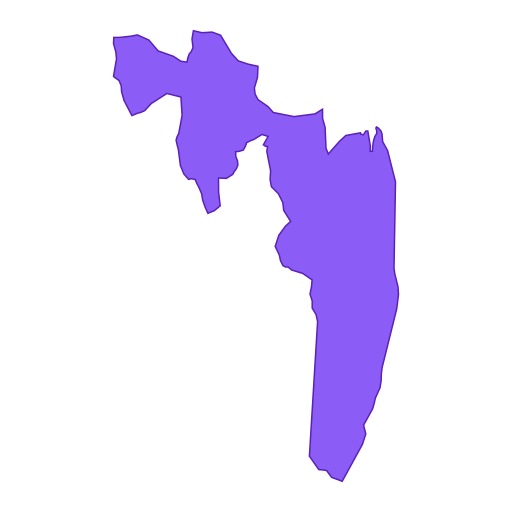 an SVG outline of Ampāra
{"feature_id": "LKA-2451", "entity_name": "Ampāra", "entity_type": "District", "adm_level": 1, "iso_a3": "LKA", "parent_name": "Sri Lanka", "parent_adm1": "", "projection": "natural_earth1", "projection_center": [81.481, 7.125], "detail": "fine", "context": "isolated", "style": "filled", "palette": "violet", "viewbox_px": 512, "rotation_deg": 0, "n_neighbors": 0, "source": "natural_earth", "source_scale": "10m", "svg_char_len": 2112}
<svg xmlns="http://www.w3.org/2000/svg" viewBox="0 0 512 512"><path d="M360.5,132.8L360.8,134.2L363.3,134.8L365.9,131.0L367.8,131.0L370.3,145.8L370.2,151.3L370.3,151.3L372.4,151.3L372.4,151.1L372.7,146.0L373.5,140.9L374.8,136.6L376.7,133.5L376.7,131.0L376.6,130.5L375.9,128.2L376.4,127.0L378.2,127.9L381.0,131.0L382.0,133.9L382.7,141.7L387.6,150.6L395.5,181.8L394.0,268.0L394.8,273.8L398.0,286.8L398.5,294.4L396.7,309.0L382.2,367.2L381.4,373.2L381.1,381.1L380.0,387.8L375.4,398.0L374.4,402.5L372.6,408.8L366.5,419.9L363.6,425.1L365.8,434.0L362.3,444.6L342.2,481.3L339.4,480.2L331.7,477.4L326.5,470.5L322.4,469.9L318.8,469.6L309.4,456.2L317.6,321.6L316.0,314.4L312.2,308.1L312.2,301.0L310.0,294.0L311.5,286.7L312.1,279.9L302.7,273.4L291.5,270.0L289.8,268.4L287.9,267.0L285.5,267.0L283.0,265.7L280.5,260.7L279.3,255.0L275.2,246.4L278.9,235.1L285.5,226.1L290.6,221.4L283.7,210.4L282.8,202.6L278.4,193.7L271.4,186.7L270.1,179.6L270.6,170.8L266.8,151.5L267.5,146.6L265.4,146.2L263.4,144.8L268.1,136.4L261.9,134.5L254.0,139.4L250.1,140.9L246.6,142.7L245.5,146.1L243.3,150.1L238.9,151.4L235.7,151.7L235.8,156.4L237.5,160.8L237.9,165.1L236.4,168.7L234.2,171.7L232.8,174.3L226.4,178.4L218.5,178.0L218.6,192.1L220.2,205.8L214.3,210.7L207.9,213.3L205.2,207.3L202.7,200.2L201.6,193.7L198.7,187.0L196.5,182.8L195.2,179.5L191.4,178.7L188.6,179.4L183.9,174.0L180.4,165.5L178.3,149.3L177.1,144.8L176.1,140.2L177.0,136.9L178.8,133.2L182.1,115.3L180.9,97.0L166.8,93.5L151.3,103.5L144.6,110.7L140.8,112.4L137.6,113.2L131.9,115.6L124.1,100.6L121.6,91.8L121.2,85.8L119.1,80.6L114.4,77.2L113.5,76.3L116.5,58.9L115.8,51.8L113.5,43.6L113.8,37.4L119.7,37.4L131.5,36.1L137.3,34.9L148.8,40.0L158.1,50.9L173.4,56.3L180.8,61.2L187.0,62.1L187.7,58.3L189.2,54.0L191.2,51.6L193.0,47.6L192.0,39.0L193.4,30.7L202.0,32.7L212.1,32.1L220.6,35.2L231.4,53.3L238.3,60.9L248.0,64.1L258.0,66.3L257.5,77.3L254.4,88.0L255.1,94.1L258.0,99.6L267.9,106.5L273.3,112.5L294.0,116.6L315.0,113.9L322.5,109.2L322.6,118.4L325.1,127.4L326.0,148.1L328.3,154.0L339.4,141.4L345.8,135.5L354.5,133.9L360.5,132.8Z" fill="#8b5cf6" stroke="#5b21b6" stroke-width="1.5"/></svg>